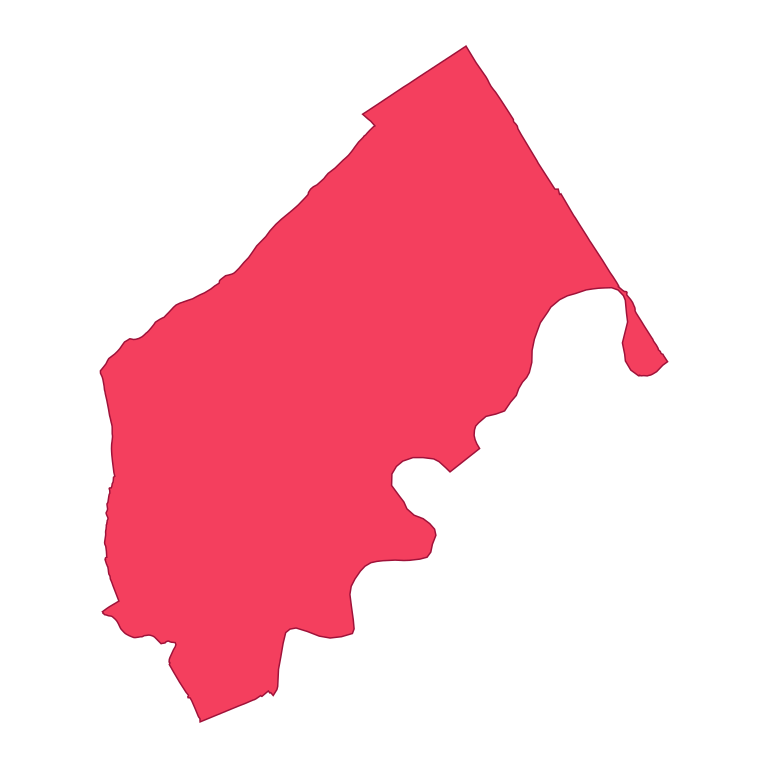 outline of Cotofenii Din Dos, Dolj, Romania, rotated 90°
{"feature_id": "2599482B33095899744211", "entity_name": "Cotofenii Din Dos", "entity_type": "district", "adm_level": 2, "iso_a3": "ROU", "parent_name": "Romania", "parent_adm1": "Dolj", "projection": "mercator", "projection_center": [23.638, 44.42], "detail": "fine", "context": "isolated", "style": "filled", "palette": "rose", "viewbox_px": 768, "rotation_deg": 90, "n_neighbors": 0, "source": "geoboundaries", "source_scale": "gbopen_adm2", "svg_char_len": 6140}
<svg xmlns="http://www.w3.org/2000/svg" viewBox="0 0 768 768"><g transform="rotate(90 384 384)"><path d="M611.7,665.6L612.6,664.9L613.1,665.1L613.3,665.0L614.0,664.0L614.6,663.5L614.7,663.3L615.0,661.6L615.5,660.3L615.8,659.3L615.9,658.5L616.1,656.9L616.6,655.7L619.0,653.0L620.4,651.7L620.8,651.4L621.5,650.9L623.8,649.6L626.6,648.3L628.6,647.3L629.5,646.6L632.1,644.2L632.9,643.4L633.5,642.7L634.2,641.6L635.7,638.8L636.9,635.9L637.5,634.3L637.6,633.4L637.6,632.6L637.5,632.0L637.2,629.8L636.9,628.2L636.8,627.8L636.8,626.6L636.7,625.9L636.6,625.5L636.0,624.4L635.7,623.9L635.6,623.2L635.5,622.3L635.3,620.9L635.1,619.9L635.1,619.0L635.2,617.9L635.9,615.5L637.0,613.5L643.7,606.9L643.4,606.0L643.3,605.0L642.9,602.9L642.2,602.4L641.5,601.3L641.2,600.4L641.1,599.2L641.7,598.3L642.2,596.7L642.4,594.5L642.6,592.8L644.6,592.1L646.8,592.8L649.7,594.5L657.6,598.1L659.4,598.7L661.7,598.9L662.4,598.7L662.5,598.2L663.4,598.2L664.5,598.7L672.4,594.2L681.9,588.6L692.2,582.0L695.2,579.6L696.1,579.7L696.8,580.2L697.7,579.9L697.7,579.0L697.9,577.9L700.7,576.3L709.0,572.7L716.3,569.7L717.0,569.3L717.5,569.0L718.0,568.5L718.6,568.1L719.3,568.0L720.8,568.0L721.9,567.9L706.2,529.9L703.2,522.2L701.4,518.1L700.0,514.8L699.6,513.5L698.8,512.0L695.6,507.3L696.1,506.8L696.4,506.1L691.0,499.7L693.0,498.1L692.6,497.3L695.5,494.8L689.6,491.1L686.5,490.3L669.4,489.5L656.9,487.2L643.4,484.9L632.6,482.3L629.1,478.0L628.0,471.9L631.5,460.6L636.1,448.8L638.0,437.9L636.7,426.5L633.5,415.6L628.9,413.9L620.0,414.7L606.2,416.6L594.4,418.1L586.3,416.8L578.9,413.0L571.1,407.6L566.2,403.0L562.7,397.1L561.4,391.2L560.7,385.1L560.1,372.9L560.5,364.0L560.3,358.4L559.1,348.1L557.2,340.9L552.1,337.2L544.3,335.6L535.3,332.1L529.2,333.4L523.6,338.3L518.7,344.8L515.2,353.9L508.8,361.1L502.0,364.1L496.0,368.7L485.5,376.4L474.0,376.1L466.4,371.6L461.1,365.2L457.6,355.1L457.6,344.8L458.9,334.3L461.6,329.0L467.4,322.6L471.9,318.0L448.5,288.4L443.8,291.2L439.7,292.9L435.3,293.9L429.9,293.5L426.0,292.3L422.8,289.4L416.4,282.0L414.0,272.0L410.9,263.4L402.2,257.5L395.4,251.7L388.4,249.2L382.1,245.5L377.5,241.4L372.6,238.7L362.4,236.2L350.4,235.9L339.1,233.6L329.6,230.2L322.8,227.7L312.1,220.3L307.1,217.2L299.7,208.4L295.8,200.6L293.5,192.5L289.9,181.8L288.9,175.2L288.2,169.3L287.9,163.2L287.7,156.3L290.0,149.9L295.6,144.6L300.2,142.7L313.1,141.5L322.0,140.4L342.9,145.6L354.3,143.3L361.0,142.6L370.1,137.2L375.8,129.4L375.7,128.0L375.4,128.1L375.7,127.1L375.8,126.6L375.7,125.5L375.6,124.2L375.8,121.7L375.9,120.7L375.6,119.9L375.0,117.3L374.1,115.4L371.7,111.4L365.2,105.2L361.7,100.4L355.8,104.3L354.3,105.1L354.2,105.6L353.5,106.8L352.9,107.2L352.2,107.4L351.5,107.7L351.2,108.2L350.8,108.3L350.3,108.9L349.9,109.5L349.4,109.7L348.3,109.9L347.2,110.5L345.2,111.6L341.1,114.5L339.1,115.3L337.7,116.3L326.1,123.7L321.5,126.5L313.3,131.7L311.4,132.7L310.3,133.0L309.2,132.9L307.3,133.3L306.1,133.9L302.5,135.4L299.5,137.4L295.1,141.1L294.7,141.2L294.3,141.2L293.7,141.2L292.9,141.0L292.4,141.0L292.1,141.2L291.7,141.6L291.6,142.1L291.5,142.7L291.5,143.5L291.3,143.9L290.9,144.5L290.3,145.4L288.4,147.6L287.3,148.9L286.8,149.7L286.2,149.2L282.7,151.2L276.9,154.9L272.6,157.9L260.8,165.2L242.3,177.3L241.5,177.9L236.7,180.8L224.6,188.5L218.3,192.4L215.4,194.4L193.8,207.1L194.5,208.0L194.5,208.3L194.2,208.5L189.1,209.8L189.2,212.8L188.8,213.3L163.2,229.8L160.7,231.1L134.3,247.0L128.7,250.1L126.1,250.7L123.9,252.3L122.4,253.8L121.7,254.3L121.3,254.5L120.6,254.6L119.5,254.6L119.0,254.9L107.6,262.2L99.0,267.8L92.2,272.4L89.5,274.6L86.3,277.0L82.9,278.9L80.1,280.2L77.1,281.9L62.6,292.0L46.1,302.0L46.6,302.5L47.1,303.5L52.0,310.9L71.9,341.3L76.8,348.8L81.8,356.3L83.5,358.8L84.7,360.7L87.0,364.4L106.4,393.5L114.2,405.4L119.0,400.0L121.1,397.3L125.5,393.4L125.9,393.1L126.7,394.5L130.5,398.4L133.3,401.0L134.8,402.2L136.2,404.1L137.1,404.6L139.0,406.4L141.9,409.3L147.6,413.6L148.7,414.3L151.4,416.3L155.3,419.5L157.4,421.7L160.2,424.9L164.9,429.7L168.1,433.0L173.4,439.9L176.1,442.2L178.7,444.2L183.5,449.5L184.9,451.1L186.8,454.7L189.1,457.4L192.4,459.5L194.5,459.9L197.4,462.5L205.2,470.0L210.3,475.8L219.3,486.7L224.4,492.2L230.8,498.0L236.7,502.3L241.5,507.0L245.9,511.3L252.2,515.6L257.6,519.4L262.5,524.1L268.3,529.0L271.9,532.6L273.2,534.2L274.1,536.1L275.1,539.7L275.7,542.4L277.3,544.5L279.5,547.3L280.6,548.4L281.6,548.6L283.1,548.8L285.9,553.2L288.9,557.0L292.9,563.6L294.8,567.9L296.7,571.6L298.8,575.4L300.2,579.7L303.1,588.0L305.0,591.9L307.2,594.4L310.0,597.0L312.7,599.5L315.5,602.3L317.2,603.8L318.0,605.6L319.4,608.3L321.0,610.8L322.2,612.6L324.5,614.1L328.0,616.9L330.7,619.2L332.3,620.8L333.1,621.9L334.1,622.9L335.4,624.3L336.8,626.0L338.4,629.1L339.3,632.2L339.5,634.5L338.9,637.3L338.8,638.3L340.1,640.3L342.0,643.5L344.5,645.3L348.8,648.3L351.4,650.6L354.1,653.4L358.5,659.2L360.7,660.5L363.8,662.0L366.9,664.4L370.8,667.6L373.3,667.5L376.9,665.8L379.4,665.1L386.1,663.9L390.0,663.5L391.7,663.0L393.7,662.7L400.2,661.2L409.0,659.5L415.6,658.4L418.2,657.7L422.0,656.9L423.9,656.4L426.1,655.9L428.3,655.8L433.7,655.8L435.8,655.5L437.1,655.5L441.8,656.0L443.7,656.3L445.3,656.4L448.6,656.5L451.3,656.4L454.6,656.2L461.5,655.5L472.5,654.1L476.3,653.2L476.6,653.7L477.3,654.5L480.5,654.7L482.2,655.0L483.7,655.8L485.9,656.1L487.5,656.6L488.0,657.0L487.9,657.8L488.0,658.5L488.4,658.8L489.4,658.6L490.2,658.3L492.0,658.2L493.2,658.2L494.4,658.8L496.3,659.2L501.7,660.0L502.6,660.2L503.8,661.0L504.7,661.0L509.0,660.4L510.3,660.7L512.8,661.9L513.7,661.8L514.8,661.4L517.7,660.1L518.6,660.0L519.4,660.2L520.6,660.8L521.2,660.9L522.1,660.9L523.0,661.2L524.0,661.2L524.9,661.7L525.9,661.7L526.9,661.7L528.1,661.9L529.1,661.9L530.1,662.2L531.7,662.4L532.8,662.4L534.0,662.3L535.5,662.4L542.3,663.4L543.6,663.3L544.7,663.0L545.8,662.4L547.3,662.1L551.3,661.6L554.6,661.4L556.5,661.3L557.3,661.2L557.5,662.0L557.8,662.4L558.3,662.7L559.1,662.7L559.5,662.5L559.7,662.9L564.1,661.5L565.1,661.0L565.9,660.8L566.8,660.2L569.8,659.7L571.9,659.5L574.2,659.1L575.2,658.5L576.2,658.0L577.5,657.8L578.9,657.7L580.7,656.9L582.4,656.2L585.8,655.0L601.1,649.1L606.6,658.4L608.5,661.2L611.7,665.6Z" fill="#f43f5e" stroke="#9f1239" stroke-width="1.5"/></g></svg>